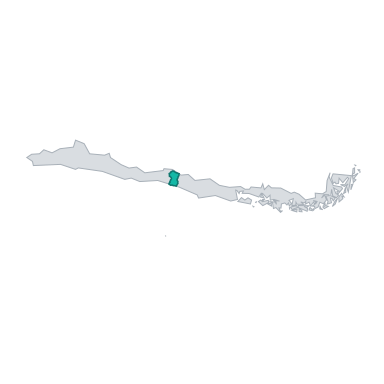 Libertador General Bernardo O'Higgins highlighted on a map of Chile, rotated 273°
{"feature_id": "CHL-2703", "entity_name": "Libertador General Bernardo O'Higgins", "entity_type": "Region", "adm_level": 1, "iso_a3": "CHL", "parent_name": "Chile", "parent_adm1": "", "projection": "orthographic", "projection_center": [-71.138, -34.463], "detail": "fine", "context": "in_parent", "style": "filled", "palette": "teal", "viewbox_px": 384, "rotation_deg": 273, "n_neighbors": 0, "source": "natural_earth", "source_scale": "10m", "svg_char_len": 5453}
<svg xmlns="http://www.w3.org/2000/svg" viewBox="0 0 384 384"><g transform="rotate(273 192 192)"><path d="M210.1,32.2L214.2,31.1L217.8,25.2L221.3,29.9L222.2,37.7L226.4,41.8L223.8,50.2L228.3,57.9L230.6,71.2L237.7,73.0L234.6,81.8L224.8,87.8L224.2,102.8L226.3,107.3L222.1,108.8L215.6,119.8L212.6,127.8L214.0,135.3L208.7,143.9L211.9,162.1L213.8,162.8L213.5,171.2L208.3,180.2L209.3,187.4L203.7,194.3L206.1,209.3L200.1,219.0L198.6,229.2L200.0,240.2L197.5,244.9L197.8,249.2L200.1,250.7L199.7,260.7L203.9,262.2L198.2,264.1L202.7,268.1L200.3,271.1L200.6,280.4L195.8,291.1L197.2,294.1L195.4,299.0L190.0,305.8L192.7,315.6L197.3,315.1L197.0,322.4L199.5,326.0L210.5,326.3L218.5,328.9L214.3,328.1L205.9,332.7L204.8,341.2L203.2,342.1L197.3,337.6L199.8,336.6L200.6,338.7L203.6,333.1L198.0,335.8L196.6,338.6L193.9,336.8L195.5,332.7L202.0,331.3L195.6,330.8L193.5,335.4L190.6,333.5L192.8,332.3L193.3,330.5L188.6,331.9L186.9,327.5L189.4,328.4L195.0,325.9L195.5,329.3L196.5,328.4L196.3,323.8L192.8,321.7L196.0,324.6L191.1,326.7L187.2,323.8L188.5,320.2L183.6,318.7L181.8,315.5L184.1,315.2L184.2,312.7L187.2,316.5L189.1,317.4L189.9,313.6L188.1,316.5L186.8,314.7L188.2,313.8L184.2,311.2L188.0,309.4L185.9,306.1L188.5,306.1L187.0,304.6L187.8,301.1L185.4,304.4L185.3,297.5L187.2,296.4L184.4,296.4L183.6,292.4L190.7,293.5L188.7,289.3L185.7,292.1L183.1,289.9L186.1,288.8L184.0,287.5L185.9,285.3L184.8,281.9L180.6,281.7L180.6,279.7L177.3,281.4L178.1,283.4L176.3,281.5L180.8,276.6L179.8,274.2L185.4,273.0L186.5,269.8L186.3,275.5L184.1,277.0L186.7,276.4L188.0,273.4L187.5,279.9L188.9,274.1L187.9,270.5L192.9,270.1L189.9,267.1L194.3,262.6L194.4,261.2L190.5,259.0L193.5,249.0L193.3,242.2L195.7,243.3L195.1,239.7L192.9,239.1L195.9,236.8L196.2,235.5L186.9,237.8L185.0,231.1L189.7,215.5L186.3,198.9L189.4,197.3L196.2,178.9L201.7,157.2L199.7,139.3L202.7,130.6L201.1,124.2L207.9,101.4L210.1,77.2L208.5,74.5L212.7,59.3L210.1,32.2ZM217.5,331.9L216.7,350.3L200.1,348.1L205.8,345.8L208.3,347.5L205.5,344.0L207.2,339.9L207.2,344.2L213.7,347.8L214.8,346.5L209.2,342.1L213.5,338.2L208.3,337.9L207.7,335.4L209.4,334.2L208.1,332.6L213.3,330.4L217.5,331.9ZM187.1,251.9L183.1,251.0L184.9,238.3L189.0,241.7L186.7,245.2L189.1,248.2L187.1,251.9ZM184.1,299.0L184.4,309.6L182.6,307.3L183.4,304.7L181.6,308.4L178.8,308.0L182.1,298.8L184.1,299.0ZM209.9,352.6L217.7,351.2L216.8,352.8L219.5,356.9L213.9,352.9L212.7,355.1L209.9,352.6ZM187.6,261.0L186.0,262.8L187.7,268.6L185.6,269.2L182.1,263.4L185.9,258.8L187.6,261.0ZM194.6,338.8L198.5,341.5L195.0,344.2L195.5,342.0L193.2,343.0L189.8,339.4L194.6,338.8ZM198.5,343.5L204.7,345.1L199.8,345.6L198.5,343.5ZM224.6,353.1L219.5,353.4L218.5,351.4L223.8,351.6L224.6,353.1ZM183.9,297.5L181.9,297.9L179.7,292.8L182.1,291.2L183.9,297.5ZM180.5,297.9L177.6,297.7L178.8,292.8L180.5,297.9ZM193.7,261.9L189.8,264.3L190.6,260.6L193.7,261.9ZM183.8,323.5L185.5,326.3L184.8,328.9L182.3,324.9L183.8,323.5ZM184.9,332.9L190.6,335.4L193.5,337.7L187.4,335.6L184.9,332.9ZM184.9,271.7L182.1,272.2L184.2,267.9L184.9,271.7ZM202.5,350.5L207.7,350.6L208.3,352.3L202.5,350.5ZM180.9,299.7L179.4,302.6L178.0,302.9L178.1,300.0L180.9,299.7ZM182.8,310.6L180.8,312.9L179.7,312.7L180.2,309.8L182.8,310.6ZM185.1,320.4L182.4,321.6L181.2,323.5L181.8,320.6L185.1,320.4ZM180.7,314.8L179.9,313.9L181.6,314.0L180.7,314.8ZM188.4,264.7L187.1,263.3L187.4,262.5L188.3,262.9L188.4,264.7ZM187.7,325.4L186.5,325.7L185.7,324.2L187.7,325.4ZM181.5,290.4L179.5,290.5L181.5,290.1L181.5,290.4ZM222.9,356.6L223.0,358.2L221.9,357.5L222.9,356.6ZM184.9,256.1L186.1,256.9L184.8,256.5L184.9,256.1ZM222.1,358.6L220.5,358.8L220.4,358.6L222.1,358.6ZM227.4,353.3L227.2,354.2L226.8,353.8L227.4,353.3ZM147.1,167.5L146.3,168.4L147.1,167.5ZM180.9,253.7L180.5,254.5L180.3,254.0L180.9,253.7Z" fill="#d9dde1" stroke="#a8b0b8" stroke-width="1"/><path d="M212.0,171.7L211.9,171.9L211.9,172.2L211.9,172.5L211.9,172.8L211.5,173.1L211.4,173.3L211.3,173.7L211.1,173.9L210.8,174.2L210.7,174.3L210.6,174.6L210.5,175.3L210.3,175.6L210.2,175.7L210.1,175.9L210.2,176.0L210.3,176.1L209.7,177.6L209.6,178.2L208.5,178.0L208.4,178.0L207.8,178.1L207.7,178.1L207.4,178.0L206.8,177.4L206.6,177.3L206.4,177.2L205.8,177.3L205.6,177.3L205.4,177.2L205.0,177.1L204.7,176.8L204.2,176.7L203.9,176.4L203.7,176.4L203.2,176.6L202.7,176.6L202.5,176.8L202.4,176.8L202.2,177.1L202.0,177.3L201.8,177.4L200.4,177.3L200.2,177.3L199.9,177.5L199.7,177.5L199.5,177.4L199.2,177.0L199.1,176.9L198.8,176.8L198.4,176.7L198.2,176.7L197.9,176.3L197.4,176.0L197.0,175.9L197.1,175.6L197.3,175.2L197.4,174.2L197.4,173.6L197.4,173.4L197.4,173.1L197.3,172.9L197.4,172.7L197.5,172.6L197.8,172.4L197.8,172.1L197.8,171.4L197.8,171.0L197.7,170.9L197.6,170.7L197.6,170.4L197.9,169.9L198.0,169.8L198.1,169.5L198.2,169.3L198.4,169.2L198.4,168.9L198.6,168.6L198.9,168.5L199.0,168.5L199.3,168.6L199.5,168.7L199.5,168.8L199.8,168.9L199.8,169.0L200.1,169.1L200.5,169.5L200.6,169.4L201.0,169.3L201.6,169.5L202.3,170.0L202.5,170.0L202.6,169.9L202.9,169.9L203.7,170.6L203.9,170.7L204.1,170.7L204.4,170.8L204.6,170.8L205.1,170.6L205.3,170.5L205.4,170.4L205.7,170.0L205.8,169.9L206.3,169.5L206.4,169.4L206.5,169.2L206.4,168.8L206.4,168.7L206.5,168.7L206.8,168.7L207.0,168.7L207.4,168.5L207.9,168.6L208.1,168.5L209.1,168.2L209.4,168.4L209.5,168.6L209.7,168.8L209.8,169.1L209.9,169.4L210.0,169.5L210.3,169.8L210.8,169.7L210.9,169.8L211.0,169.9L211.1,170.0L211.2,170.4L211.2,170.5L211.3,170.7L211.7,171.0L211.8,171.2L211.9,171.3L212.0,171.7Z" fill="#14b8a6" stroke="#0f766e" stroke-width="1.5"/></g></svg>